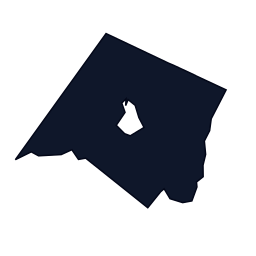 Henry, Virginia, United States of America, rotated 205°
{"feature_id": "52423323B91986151579655", "entity_name": "Henry", "entity_type": "district", "adm_level": 2, "iso_a3": "USA", "parent_name": "United States of America", "parent_adm1": "Virginia", "projection": "natural_earth1", "projection_center": [-79.909, 36.699], "detail": "fine", "context": "isolated", "style": "filled", "palette": "ink", "viewbox_px": 256, "rotation_deg": 205, "n_neighbors": 0, "source": "geoboundaries", "source_scale": "gbopen_adm2", "svg_char_len": 725}
<svg xmlns="http://www.w3.org/2000/svg" viewBox="0 0 256 256"><g transform="rotate(205 128 128)"><path d="M60.0,81.7L46.9,83.5L39.3,88.9L40.6,103.7L43.1,108.0L39.3,115.6L44.3,126.0L46.5,136.9L53.3,148.5L52.9,160.1L56.5,171.6L55.2,204.0L65.5,204.0L79.2,204.0L88.9,204.0L89.1,204.1L107.5,204.1L113.5,204.1L118.6,203.9L120.3,203.9L187.8,204.3L197.3,154.1L197.7,151.9L201.0,134.7L216.7,51.7L205.6,65.5L197.3,65.0L177.3,75.7L169.7,84.6L159.6,78.6L153.6,82.8L102.3,70.4L76.4,64.1L71.5,84.0L69.6,88.2L60.0,81.7ZM113.7,135.3L122.6,121.9L128.7,121.4L139.8,125.5L138.8,131.6L137.3,140.9L144.2,148.0L142.1,153.6L139.6,147.3L139.9,153.8L131.1,151.6L122.5,142.0L113.7,135.3Z" fill="#0f172a" stroke="#020617" stroke-width="1.5"/></g></svg>